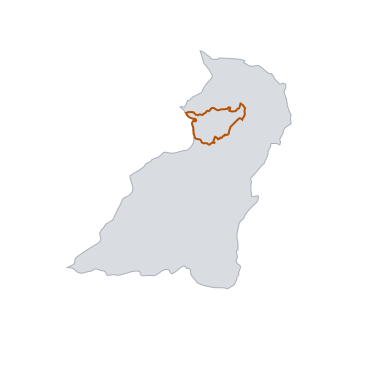 where Ombella-M'Poko sits in Central African Republic, rotated 136°
{"feature_id": "CAF-4856", "entity_name": "Ombella-M'Poko", "entity_type": "Prefecture", "adm_level": 1, "iso_a3": "CAF", "parent_name": "Central African Republic", "parent_adm1": "", "projection": "albers", "projection_center": [18.055, 4.882], "detail": "fine", "context": "in_parent", "style": "outline", "palette": "amber", "viewbox_px": 384, "rotation_deg": 136, "n_neighbors": 0, "source": "natural_earth", "source_scale": "10m", "svg_char_len": 7240}
<svg xmlns="http://www.w3.org/2000/svg" viewBox="0 0 384 384"><g transform="rotate(136 192 192)"><path d="M259.9,146.2L263.1,147.0L263.7,148.0L262.8,151.3L263.4,153.3L265.3,155.0L267.1,155.7L268.9,156.1L275.0,157.1L277.6,158.2L281.0,162.0L285.2,165.4L286.3,167.2L286.1,168.9L284.9,170.9L285.1,171.8L287.0,173.8L289.3,175.8L293.4,178.1L300.4,181.6L303.7,184.0L304.8,185.8L306.6,187.7L309.2,189.5L310.9,190.9L309.8,194.9L310.1,196.2L310.8,197.3L312.3,198.8L312.9,200.8L314.4,203.3L316.1,204.4L319.0,204.8L320.6,206.0L323.8,207.9L326.9,209.6L328.3,210.8L329.1,211.8L329.8,213.0L330.2,214.3L330.3,216.9L330.9,220.3L332.6,222.5L334.1,224.2L327.8,222.3L326.8,222.3L325.7,222.7L322.5,225.1L321.4,225.4L317.2,224.9L307.2,223.2L299.4,221.5L297.1,220.8L292.9,220.2L290.2,221.5L287.7,225.8L286.9,226.6L282.9,227.9L281.0,227.6L276.4,228.8L269.1,227.1L266.6,227.5L264.6,228.4L259.4,230.4L256.3,231.5L252.6,232.6L249.2,234.1L246.8,235.0L244.5,235.0L242.5,234.1L240.2,233.4L237.5,233.3L234.7,233.7L232.3,235.4L231.4,236.7L229.3,239.9L226.9,245.1L225.9,246.2L225.1,246.8L213.8,244.2L208.9,243.6L205.6,244.4L201.5,243.0L199.7,242.8L198.9,243.2L196.6,242.6L192.9,240.8L189.3,240.1L186.1,240.3L184.1,239.7L182.6,238.0L180.5,234.8L176.8,231.7L171.9,229.2L168.8,227.3L167.6,226.0L165.0,225.3L160.9,225.2L157.0,226.4L151.4,230.4L146.2,238.5L143.4,241.6L141.0,242.4L140.4,244.4L141.6,247.5L141.9,251.0L141.1,257.1L141.4,261.5L140.2,260.8L139.0,258.7L138.4,258.3L135.0,259.3L133.2,260.1L132.3,260.9L131.5,261.0L130.4,259.9L129.6,259.7L128.2,259.9L126.8,259.9L125.9,259.8L125.4,259.9L123.7,259.2L117.8,257.5L116.8,256.9L115.6,257.0L112.6,258.4L111.0,258.9L106.1,259.8L100.8,260.2L98.8,260.2L97.5,260.9L96.6,261.8L94.9,267.4L94.5,268.4L94.6,269.8L94.1,274.3L94.3,275.7L88.0,288.0L87.0,286.0L86.3,283.6L86.1,280.8L86.2,280.1L85.8,279.2L85.3,277.0L85.8,275.5L85.4,274.0L84.2,272.5L83.1,271.3L82.4,270.3L81.9,269.9L80.7,269.7L79.1,269.2L72.1,261.9L64.9,253.7L63.5,251.0L62.9,249.5L64.6,249.4L65.1,249.1L65.1,248.4L64.0,246.3L63.5,243.6L62.6,242.0L59.8,239.5L57.1,237.6L56.3,236.6L55.8,235.2L54.8,226.4L54.4,223.9L53.5,222.8L52.9,222.3L52.7,221.7L52.8,220.1L53.1,218.7L53.1,218.1L53.9,216.9L53.9,208.8L53.0,207.7L51.4,207.6L50.6,206.4L49.9,204.9L50.1,203.9L51.6,202.2L52.7,201.6L55.8,200.3L56.6,199.7L57.2,198.9L57.5,197.8L59.3,193.6L62.0,189.5L63.1,188.6L65.9,182.5L66.5,180.9L67.0,179.3L67.8,178.1L70.7,176.0L73.0,172.4L75.3,172.6L77.8,173.2L80.9,173.5L83.4,172.8L85.0,171.4L92.6,168.9L93.2,167.0L94.4,166.0L95.8,165.1L96.2,164.9L96.3,165.6L97.2,167.6L98.9,169.6L101.5,171.9L102.2,171.7L103.8,170.0L107.7,169.0L108.7,168.6L111.6,166.1L114.9,164.5L116.9,164.0L120.3,162.4L122.8,162.6L126.7,162.3L133.2,161.6L137.9,161.3L140.3,161.0L140.9,160.7L141.8,158.3L142.5,157.7L144.3,156.6L147.8,153.1L150.0,150.1L150.7,149.0L151.2,148.8L152.2,147.6L151.2,146.3L147.3,143.6L147.4,143.3L147.1,142.8L147.4,142.5L148.8,141.4L150.8,140.1L153.0,139.7L158.5,139.8L163.3,139.5L164.4,139.5L168.1,138.9L170.6,138.3L173.2,137.1L179.0,137.2L183.9,133.9L185.3,133.3L185.9,132.8L186.1,132.3L188.4,131.0L191.0,128.3L193.0,125.9L193.5,124.3L199.0,118.5L201.0,118.6L201.9,117.9L204.1,114.1L204.8,113.4L207.0,112.7L208.1,111.5L209.0,109.9L209.0,107.8L208.6,106.1L208.6,105.3L209.1,104.5L210.0,103.8L214.2,101.7L215.3,100.7L215.9,99.8L217.1,99.7L218.3,99.7L219.2,99.2L220.1,98.2L223.0,97.0L225.7,96.0L228.5,96.4L233.6,97.6L235.2,100.3L235.9,101.2L242.3,107.6L243.5,109.2L246.7,113.8L248.7,117.0L250.9,121.5L251.2,123.9L250.9,126.1L250.5,132.1L249.9,133.8L247.2,137.1L247.1,138.5L247.6,139.7L248.5,140.2L249.0,140.8L248.7,143.6L249.7,144.7L251.8,145.4L257.1,145.9L259.9,146.2Z" fill="#d9dde1" stroke="#a8b0b8" stroke-width="1"/><path d="M152.3,229.5L151.7,230.0L151.4,230.4L151.2,230.9L151.0,231.6L150.9,231.8L150.7,232.0L150.4,232.3L150.2,233.2L149.9,233.5L149.5,233.7L149.1,234.1L148.4,235.4L147.8,235.6L147.7,235.7L147.4,236.3L146.7,236.9L146.2,237.7L145.0,240.5L144.5,241.2L143.8,241.7L142.8,242.1L142.3,242.2L141.9,242.2L141.5,242.1L141.1,241.9L140.9,241.4L140.8,240.9L140.6,240.6L140.3,240.4L139.8,240.4L139.4,240.5L139.1,240.9L138.9,241.2L138.8,241.5L139.0,241.8L139.4,242.2L139.1,242.6L139.2,242.9L139.8,243.3L140.0,243.7L140.6,244.2L140.7,244.4L140.8,244.8L141.6,246.3L141.9,247.2L142.2,249.0L142.2,250.4L142.1,250.9L141.9,251.4L141.5,252.2L141.4,252.7L141.4,253.0L139.7,252.2L139.2,252.1L138.9,252.0L138.8,251.8L138.4,251.3L138.3,251.1L138.1,250.9L137.9,250.7L137.6,250.6L137.2,250.4L137.0,250.2L136.9,250.0L136.9,249.9L136.7,249.5L135.7,248.5L135.5,248.1L135.4,247.8L135.6,247.3L135.6,247.0L135.6,246.7L135.5,246.0L135.5,245.7L135.5,245.3L135.5,245.1L134.7,243.4L134.5,243.1L134.2,243.0L133.7,242.8L133.0,242.8L132.8,242.7L132.5,242.5L132.2,242.1L131.5,240.8L131.2,240.4L130.9,240.2L130.4,240.1L130.1,240.1L129.7,240.3L129.4,240.3L129.1,240.2L128.9,240.0L128.6,239.9L128.4,239.8L128.1,239.8L127.9,239.8L127.4,239.6L126.9,239.5L126.6,239.5L126.4,239.6L126.2,239.7L126.1,239.8L125.8,240.0L125.6,240.0L125.1,239.8L124.9,239.8L124.6,239.8L124.5,239.7L124.3,239.5L124.2,239.3L124.1,239.0L124.1,238.8L123.9,238.7L122.8,238.3L122.6,238.3L122.4,238.3L122.2,238.4L121.9,238.5L120.9,238.5L120.7,238.5L120.4,238.8L120.2,238.8L119.9,238.7L119.2,238.5L118.9,238.3L118.3,237.6L118.1,237.4L117.9,237.0L117.2,234.0L117.0,233.5L116.3,232.5L116.0,232.4L115.7,232.2L114.0,231.4L113.1,230.8L112.2,229.9L111.6,229.4L111.1,228.9L110.9,228.7L109.9,228.1L109.6,227.9L109.3,227.6L109.2,227.4L108.9,227.3L108.7,227.2L106.9,227.5L106.0,226.2L106.0,225.9L106.5,225.8L106.7,225.7L107.1,225.4L107.3,225.3L107.6,225.1L108.4,224.9L108.6,224.8L108.7,224.6L108.7,224.4L107.3,222.2L106.8,221.7L104.6,220.0L104.3,219.9L103.9,219.9L103.4,219.9L102.5,220.2L101.7,220.2L101.1,220.1L100.7,219.9L100.2,219.5L99.7,219.6L98.9,220.0L95.7,221.9L95.4,220.5L95.1,219.8L95.0,219.4L95.1,218.9L95.5,216.6L95.5,215.5L96.2,215.2L97.3,214.3L98.6,213.1L98.9,212.7L99.3,212.0L99.7,211.5L100.6,210.8L103.3,209.9L104.5,209.7L104.9,209.5L105.1,209.3L105.6,209.1L105.6,210.2L105.7,210.5L106.1,211.2L106.5,212.0L107.1,212.2L108.3,212.3L118.9,212.1L119.7,211.8L123.9,209.5L124.1,209.3L124.3,209.2L124.5,208.9L124.7,208.7L125.1,208.4L125.7,208.3L126.1,208.3L126.4,208.4L126.8,208.7L128.0,209.2L128.1,209.4L128.2,209.6L128.1,210.0L128.3,210.3L128.6,210.4L128.8,210.4L129.1,210.4L129.5,210.2L129.8,210.1L130.1,210.2L130.3,210.3L130.6,210.6L130.8,210.6L131.0,210.6L132.9,210.4L133.3,210.4L133.6,210.5L133.8,210.7L133.8,210.9L133.8,211.1L133.8,211.3L134.0,211.5L134.4,211.4L134.7,211.4L135.4,211.4L135.9,211.4L136.3,211.5L136.5,211.7L136.7,211.8L136.8,211.9L136.8,212.0L136.7,212.3L136.6,212.5L136.4,212.6L136.2,212.7L136.2,212.9L136.2,213.1L136.3,213.4L136.6,213.9L136.7,214.1L136.7,214.4L136.7,215.2L136.8,215.4L136.9,215.6L137.0,215.6L137.3,215.6L138.0,215.2L139.1,214.8L140.9,213.8L141.2,213.7L141.3,213.4L141.4,213.2L141.5,212.9L141.5,212.6L141.5,212.1L141.5,211.9L141.9,211.9L143.0,213.3L143.8,213.6L144.2,213.6L146.7,214.0L146.9,214.2L147.1,214.6L147.4,216.7L147.7,217.2L148.0,217.5L148.8,218.1L149.2,218.4L149.5,218.6L149.7,218.9L150.2,219.8L150.4,220.3L150.4,220.7L150.4,221.2L149.8,222.8L149.7,223.4L149.7,223.9L149.9,224.4L151.9,227.2L152.3,228.0L152.2,228.8L152.3,229.5L152.3,229.5Z" fill="none" stroke="#b45309" stroke-width="2"/></g></svg>